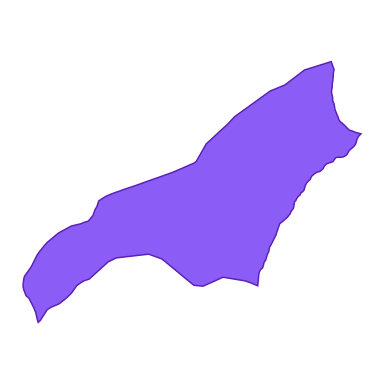 Rosana, São Paulo, Brazil
{"feature_id": "56859067B29082905480685", "entity_name": "Rosana", "entity_type": "district", "adm_level": 2, "iso_a3": "BRA", "parent_name": "Brazil", "parent_adm1": "São Paulo", "projection": "mercator", "projection_center": [-52.819, -22.481], "detail": "fine", "context": "isolated", "style": "filled", "palette": "violet", "viewbox_px": 384, "rotation_deg": 0, "n_neighbors": 0, "source": "geoboundaries", "source_scale": "gbopen_adm2", "svg_char_len": 2033}
<svg xmlns="http://www.w3.org/2000/svg" viewBox="0 0 384 384"><path d="M361.0,133.8L355.7,132.4L352.3,131.0L349.6,130.3L346.8,127.7L344.2,125.0L339.9,121.3L338.6,119.2L337.8,116.3L336.5,113.3L335.0,109.6L334.1,104.1L332.8,101.0L332.6,97.1L331.5,92.5L331.6,90.3L332.2,87.7L332.3,83.4L332.8,81.0L333.3,75.5L333.4,72.7L334.1,69.7L331.2,61.6L304.6,69.9L284.8,85.0L270.2,91.0L234.6,116.7L227.8,124.0L226.0,125.7L220.9,130.3L208.0,142.3L206.3,143.8L196.3,161.3L194.2,163.0L174.4,171.6L168.8,173.7L166.3,174.6L142.3,183.1L139.4,184.2L133.1,186.4L128.2,188.0L126.3,188.6L111.5,193.9L105.7,196.4L98.7,200.9L96.9,206.6L95.0,209.7L93.9,212.7L92.9,215.5L89.9,219.3L88.0,221.2L83.7,222.5L81.1,223.7L71.3,226.0L63.5,230.3L61.1,231.6L58.4,233.1L47.2,242.4L44.8,245.1L42.5,247.9L39.4,251.8L37.6,254.3L36.1,257.0L31.4,266.5L24.6,276.2L23.9,278.2L23.2,283.4L23.0,286.6L23.9,290.2L26.1,295.8L29.0,298.3L33.6,307.4L35.7,312.4L37.0,318.3L38.2,322.4L40.3,320.5L47.1,309.8L50.9,307.3L54.8,305.7L59.5,303.6L67.1,297.4L71.6,292.9L76.8,285.6L81.1,282.5L84.3,280.7L89.2,279.1L108.0,262.0L116.3,257.9L146.6,254.4L148.8,254.2L162.0,259.0L183.9,277.1L193.9,285.3L196.7,285.6L203.0,286.2L213.8,281.4L223.0,277.2L245.1,280.9L247.0,281.6L250.4,282.7L257.7,285.8L258.9,274.0L259.4,271.8L260.8,269.3L262.6,268.0L263.4,265.3L264.1,262.3L265.7,260.1L266.5,257.5L267.2,254.6L268.7,251.8L269.7,246.8L270.9,245.1L272.1,242.7L273.1,240.7L274.5,237.9L276.0,234.9L277.0,231.6L278.2,228.2L279.8,223.6L282.1,221.9L285.0,219.4L287.0,217.7L290.3,213.6L291.1,211.4L293.3,208.5L294.0,205.4L294.5,202.0L296.0,200.2L297.0,198.0L298.4,196.3L300.0,195.0L301.0,192.9L302.8,191.6L304.1,190.0L305.1,186.0L306.5,183.2L308.1,181.3L310.3,179.3L311.4,176.5L314.4,173.8L317.1,172.1L319.9,171.5L322.9,168.9L324.6,165.8L327.0,163.6L329.9,162.7L333.0,161.6L334.4,159.5L335.9,157.6L338.2,157.2L340.5,157.3L343.3,156.9L345.6,155.7L347.3,154.1L348.2,152.3L349.3,150.4L353.6,146.7L355.7,144.0L356.7,140.4L357.4,138.2L358.8,136.0L361.0,133.8Z" fill="#8b5cf6" stroke="#5b21b6" stroke-width="1.5"/></svg>